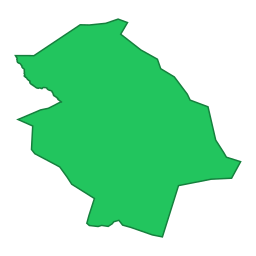 the district of Erdenesant, Töv, Mongolia
{"feature_id": "93677404B9230847740032", "entity_name": "Erdenesant", "entity_type": "district", "adm_level": 2, "iso_a3": "MNG", "parent_name": "Mongolia", "parent_adm1": "Töv", "projection": "equal_earth", "projection_center": [104.186, 47.276], "detail": "fine", "context": "isolated", "style": "filled", "palette": "green", "viewbox_px": 256, "rotation_deg": 0, "n_neighbors": 0, "source": "geoboundaries", "source_scale": "gbopen_adm2", "svg_char_len": 2411}
<svg xmlns="http://www.w3.org/2000/svg" viewBox="0 0 256 256"><path d="M86.8,223.2L89.3,225.5L98.1,226.5L101.6,225.4L108.2,226.4L112.3,223.7L113.7,221.8L118.9,220.3L122.6,225.1L130.8,227.4L152.3,234.9L162.4,236.9L178.5,185.6L211.1,179.2L231.6,178.2L240.6,161.7L226.4,157.2L223.8,152.7L215.7,140.1L208.0,106.8L190.1,100.1L187.3,94.2L174.3,76.9L160.7,68.7L157.4,59.2L140.9,50.0L120.7,34.2L127.5,22.6L118.1,19.1L105.8,23.3L89.3,25.0L80.2,24.8L33.9,55.7L27.8,55.6L15.6,55.6L15.4,55.6L15.5,55.8L15.7,56.1L16.2,56.5L16.3,56.7L16.4,57.0L16.4,57.4L16.5,57.6L16.9,57.9L17.1,58.1L17.2,58.3L17.2,58.7L17.0,59.0L16.9,59.4L16.8,59.7L17.0,60.0L17.2,60.4L17.2,60.6L17.2,60.9L17.2,61.2L17.2,61.5L17.3,61.8L17.5,62.1L17.7,62.5L18.0,62.6L18.4,62.7L18.6,62.8L18.7,63.1L18.9,63.2L19.2,63.3L19.5,63.4L19.9,63.5L20.3,63.8L20.9,64.5L21.2,65.0L21.3,65.4L21.5,65.6L21.9,65.8L21.9,66.5L21.9,66.9L22.2,67.4L22.8,68.1L23.1,68.3L23.4,68.4L23.8,68.8L24.0,69.1L24.3,69.3L24.4,69.6L24.3,70.1L24.3,70.4L24.2,70.6L24.2,70.9L24.3,71.1L24.3,71.4L24.4,71.8L24.3,72.2L24.4,72.3L24.5,72.4L24.5,72.6L24.5,72.9L24.4,73.1L24.2,73.3L24.2,73.6L24.4,73.8L24.5,74.0L24.6,74.4L24.7,74.8L24.8,75.0L24.7,75.2L24.4,75.4L24.3,75.7L24.2,75.9L24.3,76.2L24.6,76.3L25.0,76.3L25.1,76.7L25.3,77.0L25.4,77.3L25.7,77.4L25.9,77.3L26.3,77.6L26.6,77.9L26.8,78.2L27.0,78.6L27.3,79.1L27.6,79.5L28.4,80.0L28.6,80.4L29.1,80.6L29.3,80.7L29.5,80.9L29.9,81.0L30.0,81.2L30.0,81.5L29.8,81.8L29.8,82.2L30.1,82.4L30.1,82.6L30.0,83.0L30.4,83.3L30.6,83.5L30.8,83.9L31.0,84.1L31.3,84.3L31.7,84.3L31.9,84.7L32.4,84.8L32.4,85.0L32.7,85.2L33.2,85.3L33.3,85.4L33.4,85.8L33.8,86.0L34.2,86.1L34.6,86.4L35.2,87.0L35.7,87.3L36.1,87.6L36.6,87.7L36.8,88.0L37.1,88.0L37.6,88.1L38.0,88.3L38.4,88.3L38.7,88.0L39.0,87.9L39.6,88.0L40.2,87.9L40.6,88.1L41.2,88.5L42.0,88.6L42.3,88.3L42.5,87.8L43.0,87.7L43.3,87.5L45.2,87.6L46.4,87.8L46.9,88.1L47.0,88.7L47.5,89.0L47.7,89.4L49.4,90.3L50.2,90.4L51.8,91.1L52.1,91.4L52.1,91.8L52.3,92.4L52.7,92.8L53.1,93.5L53.3,94.6L53.7,95.0L53.6,95.3L54.0,95.6L54.1,95.9L54.9,96.2L55.3,96.6L56.3,97.2L56.7,97.4L57.0,97.6L57.2,98.2L57.6,98.5L57.8,98.5L58.1,98.9L57.9,99.2L58.0,99.5L61.5,101.9L61.5,102.0L61.4,102.1L60.2,102.2L56.9,103.9L54.5,105.2L52.9,106.0L48.3,108.3L40.6,109.9L18.0,119.5L32.7,126.0L31.5,149.5L34.8,153.7L54.5,164.1L59.8,167.0L67.1,177.1L71.7,184.2L94.4,198.5L88.9,215.7L86.9,223.0L86.8,223.2Z" fill="#22c55e" stroke="#15803d" stroke-width="1.5"/></svg>